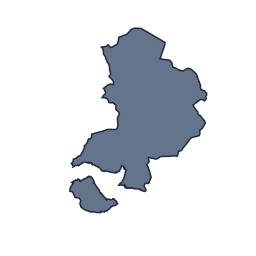 the district of Stordal nor, Møre og Romsdal, Norway, rotated 301°
{"feature_id": "86288312B96680032749803", "entity_name": "Stordal nor", "entity_type": "district", "adm_level": 2, "iso_a3": "NOR", "parent_name": "Norway", "parent_adm1": "Møre og Romsdal", "projection": "mercator", "projection_center": [7.073, 62.402], "detail": "fine", "context": "isolated", "style": "filled", "palette": "slate", "viewbox_px": 256, "rotation_deg": 301, "n_neighbors": 0, "source": "geoboundaries", "source_scale": "gbopen_adm2", "svg_char_len": 5736}
<svg xmlns="http://www.w3.org/2000/svg" viewBox="0 0 256 256"><g transform="rotate(301 128 128)"><path d="M220.4,115.7L220.1,88.1L217.0,82.2L214.0,79.9L208.0,78.9L201.1,73.4L197.6,74.8L194.6,75.6L191.0,73.6L190.1,73.3L187.9,71.6L189.2,68.2L186.7,67.2L183.2,63.0L183.4,63.8L183.3,64.8L182.8,65.7L181.1,67.4L179.7,68.4L179.1,68.7L178.7,69.0L177.4,72.1L176.2,72.9L175.5,74.1L175.0,74.6L174.6,75.5L173.9,76.2L173.7,76.6L173.4,77.3L172.4,79.2L169.1,81.9L168.1,82.5L166.5,84.4L165.8,84.9L165.2,85.2L163.8,85.4L162.6,85.1L162.2,85.4L162.1,85.7L162.0,87.5L161.5,88.5L161.4,89.2L161.1,89.8L161.0,90.3L160.3,91.5L159.3,92.4L157.7,93.0L157.5,92.9L157.4,92.6L157.4,91.9L156.5,90.3L154.8,88.9L153.6,88.2L151.3,87.4L150.4,87.2L149.8,86.7L149.4,86.6L149.2,86.6L149.1,86.9L149.0,87.4L148.0,89.2L147.0,90.4L146.4,90.7L145.9,90.9L145.2,90.8L143.1,90.1L142.2,90.4L140.7,90.2L142.1,92.9L142.2,95.9L140.1,98.4L140.1,98.8L140.1,99.1L140.4,99.6L141.8,101.8L141.6,103.6L141.3,105.9L137.6,108.1L137.1,110.9L136.6,112.2L135.6,113.4L131.3,113.7L125.1,117.9L122.8,118.7L121.1,118.9L120.5,118.4L116.2,111.1L112.3,108.0L104.1,100.1L101.5,101.3L99.3,101.6L98.3,99.8L95.6,100.4L91.9,100.5L90.4,99.7L88.2,101.0L84.9,101.3L79.9,101.4L78.6,100.1L74.9,98.8L73.1,97.2L71.9,97.8L69.8,98.3L69.7,98.0L68.5,97.7L67.0,100.8L66.4,100.9L67.4,101.5L67.8,101.3L67.8,101.7L68.6,101.9L68.8,102.3L69.2,102.9L69.3,103.3L69.7,103.4L70.0,103.9L70.4,104.3L70.3,104.9L70.8,104.9L70.8,105.3L71.2,105.4L71.8,105.7L73.6,106.2L73.6,106.6L74.6,106.7L74.6,107.1L75.2,107.2L75.7,107.8L76.3,108.0L76.6,108.3L77.0,109.3L77.1,110.9L77.3,111.1L77.4,111.7L78.0,111.7L77.9,112.1L77.9,112.9L78.4,113.1L78.4,113.5L78.8,113.4L79.0,113.8L79.0,114.4L78.9,114.8L79.3,114.8L79.3,115.0L78.9,115.0L78.7,115.7L78.3,115.7L78.2,116.1L78.2,116.5L78.5,117.1L78.9,117.7L78.9,118.7L79.1,118.9L79.1,119.3L78.9,119.7L79.0,119.9L79.2,121.3L79.5,122.1L79.1,122.1L79.2,122.3L79.2,122.7L79.1,124.9L78.9,125.1L78.5,126.1L78.0,126.9L78.0,128.7L78.5,129.7L78.7,129.9L78.8,130.3L79.4,130.3L79.4,130.7L79.8,130.7L79.9,131.1L80.3,131.7L80.3,132.1L80.5,132.7L80.5,133.7L80.7,133.9L80.8,134.3L81.0,135.1L81.9,137.5L82.5,138.9L82.5,139.3L82.7,139.9L83.4,140.5L83.5,140.9L84.1,140.8L84.1,141.2L84.5,141.2L84.5,141.6L85.1,141.7L86.1,142.3L86.7,142.4L86.7,142.8L89.3,142.6L92.5,142.0L92.4,142.8L92.5,143.8L92.6,144.0L92.2,144.0L92.0,145.0L91.6,145.0L91.8,145.6L90.8,146.0L91.0,146.4L91.0,147.4L91.1,147.8L89.5,148.4L89.1,148.4L88.9,148.6L88.3,148.6L86.1,149.5L85.5,149.5L85.4,149.7L82.0,150.4L78.0,150.6L77.0,150.0L75.7,149.6L74.7,149.7L74.1,149.6L74.2,150.0L74.5,150.2L74.6,150.6L75.6,150.7L75.5,150.9L75.5,151.1L75.7,151.3L75.7,151.7L75.9,151.9L75.9,152.5L76.1,152.9L76.6,154.3L76.6,154.5L76.4,154.9L76.1,155.3L77.1,155.0L77.5,154.7L77.4,155.3L77.3,155.5L75.9,156.1L76.0,156.7L75.6,156.8L75.7,158.2L76.2,158.6L76.8,158.7L76.7,159.1L76.5,159.3L76.6,159.5L77.0,159.9L77.1,160.5L77.7,160.6L78.0,160.9L78.0,161.3L78.2,161.5L78.2,161.9L78.7,162.1L78.6,162.3L78.7,162.7L78.9,162.9L78.9,163.7L79.3,164.7L79.3,165.1L79.9,165.6L80.0,166.2L80.2,166.4L80.6,167.2L80.8,168.0L81.2,168.4L81.3,169.0L81.5,169.8L81.8,170.2L81.4,170.2L81.5,170.4L81.5,170.8L81.4,172.2L81.6,172.4L81.6,172.8L82.0,173.8L82.0,174.2L82.2,175.0L83.2,175.7L84.1,175.3L85.2,173.9L86.5,171.6L89.2,171.2L91.1,174.2L97.7,173.2L104.7,165.7L106.2,162.9L110.1,163.5L112.9,160.6L113.3,160.6L115.2,166.3L115.2,166.8L115.8,167.7L116.6,168.9L117.1,169.2L120.1,170.4L121.9,172.9L124.6,177.5L127.7,181.5L129.2,184.8L130.6,184.5L133.8,183.5L136.2,185.2L152.3,187.2L155.8,190.8L158.2,193.0L160.7,192.3L162.8,190.7L166.0,191.9L172.1,191.8L173.7,189.7L175.1,185.1L175.9,184.2L175.6,181.6L175.8,181.1L177.8,179.4L178.8,176.1L181.1,171.9L190.4,175.7L190.7,179.7L193.6,180.0L194.6,178.3L196.6,178.5L198.3,177.5L199.3,174.0L198.4,171.2L199.8,169.2L201.0,168.9L202.0,168.0L204.6,164.8L205.9,163.0L206.6,162.3L209.1,159.2L210.0,156.6L210.3,155.4L210.4,154.5L210.8,151.0L210.1,148.6L204.9,145.4L203.9,141.2L204.0,140.2L204.1,139.4L203.7,137.3L203.3,136.1L203.4,135.6L203.7,134.8L204.4,133.7L205.0,133.0L206.5,132.1L207.5,129.1L207.5,128.4L206.3,126.0L206.1,125.4L205.1,123.1L204.8,122.0L203.9,119.8L214.2,117.6L215.3,117.5L216.5,116.9L217.7,116.9L220.2,115.6L220.4,115.7ZM57.7,158.1L57.9,156.7L58.2,156.4L58.5,156.6L58.9,156.4L58.9,156.0L59.3,155.6L59.5,154.4L59.5,154.5L59.5,153.2L60.0,152.8L59.9,152.0L59.3,151.8L59.3,151.4L58.7,151.3L57.9,150.8L57.3,149.1L57.3,148.7L57.1,148.5L56.9,147.9L56.7,147.7L56.3,146.7L55.3,146.7L55.6,146.3L55.9,145.3L56.3,145.3L56.3,143.5L56.6,142.5L57.0,142.5L57.1,141.8L57.6,140.2L57.8,140.0L58.1,139.4L57.7,139.4L57.9,138.0L58.3,138.0L58.3,137.4L58.5,137.0L59.3,136.2L59.6,135.3L60.0,135.3L60.1,134.7L60.3,134.5L60.8,133.1L61.0,132.5L61.1,131.9L61.5,131.9L61.9,130.2L62.5,129.6L62.7,129.2L62.9,128.4L62.8,128.0L62.9,127.6L63.3,127.6L63.1,127.0L63.7,127.0L63.7,126.6L64.3,126.6L64.4,126.2L64.5,126.1L65.1,125.9L65.1,125.5L65.6,125.3L65.9,124.5L66.3,123.3L66.2,122.7L66.8,122.7L67.2,121.0L67.2,120.6L66.8,120.1L66.7,119.7L66.3,119.7L66.3,119.3L65.3,119.3L65.3,118.7L64.9,118.7L64.8,118.3L63.2,117.9L62.8,117.5L62.0,117.2L61.8,116.6L61.4,116.6L61.4,116.2L60.3,115.9L59.3,115.2L57.9,114.9L57.7,113.9L58.6,113.5L58.5,112.3L58.6,112.1L58.0,111.9L58.2,111.5L57.6,111.5L57.6,111.1L56.8,110.9L56.5,109.9L55.2,109.4L55.0,108.9L54.4,108.8L52.3,107.8L52.4,108.3L53.2,109.5L52.9,109.6L51.1,109.3L48.7,109.3L47.7,109.2L46.5,109.4L43.8,110.8L44.7,113.4L41.2,118.5L42.8,122.5L41.4,124.9L38.4,125.7L35.9,128.7L35.8,131.2L35.6,132.8L36.0,135.1L36.8,138.8L37.0,140.2L38.2,140.6L39.3,144.4L41.4,148.2L42.4,147.7L43.9,151.1L45.0,151.1L45.6,152.3L46.4,152.8L47.0,152.8L48.5,153.5L52.0,154.3L53.8,155.6L55.0,156.9L57.7,158.1Z" fill="#64748b" stroke="#1e293b" stroke-width="1.5"/></g></svg>